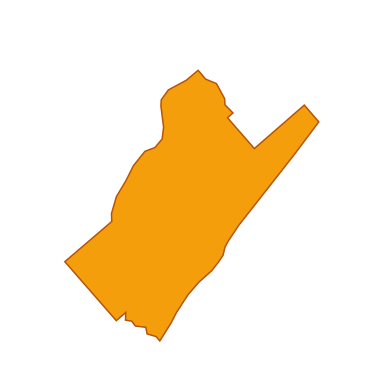 St. Johns, Florida, United States of America, rotated 50°
{"feature_id": "52423323B76675634203570", "entity_name": "St. Johns", "entity_type": "district", "adm_level": 2, "iso_a3": "USA", "parent_name": "United States of America", "parent_adm1": "Florida", "projection": "orthographic", "projection_center": [-81.441, 29.938], "detail": "fine", "context": "isolated", "style": "filled", "palette": "amber", "viewbox_px": 384, "rotation_deg": 50, "n_neighbors": 0, "source": "geoboundaries", "source_scale": "gbopen_adm2", "svg_char_len": 777}
<svg xmlns="http://www.w3.org/2000/svg" viewBox="0 0 384 384"><g transform="rotate(50 192 192)"><path d="M102.7,109.1L102.7,124.7L98.6,144.5L101.6,156.3L106.1,160.5L124.2,172.2L132.2,180.8L134.1,191.8L130.6,201.9L134.2,220.0L140.3,234.0L141.1,236.0L146.9,252.8L156.8,267.6L163.0,272.4L163.2,289.5L163.6,334.2L241.9,332.7L241.7,320.2L247.4,325.3L252.2,321.2L258.3,321.5L265.9,314.4L271.9,317.6L279.7,312.4L285.4,312.4L279.0,292.5L274.4,281.5L268.1,261.0L266.0,247.6L265.6,245.3L265.5,244.7L265.2,235.4L265.0,227.8L262.7,216.6L260.3,208.7L255.4,202.1L253.0,196.1L247.6,177.7L229.3,90.6L219.8,49.8L200.0,50.1L197.6,50.1L198.8,116.3L157.9,117.1L157.8,109.8L146.5,110.7L141.4,107.0L124.7,103.6L114.3,109.0L102.7,109.1Z" fill="#f59e0b" stroke="#b45309" stroke-width="1.5"/></g></svg>